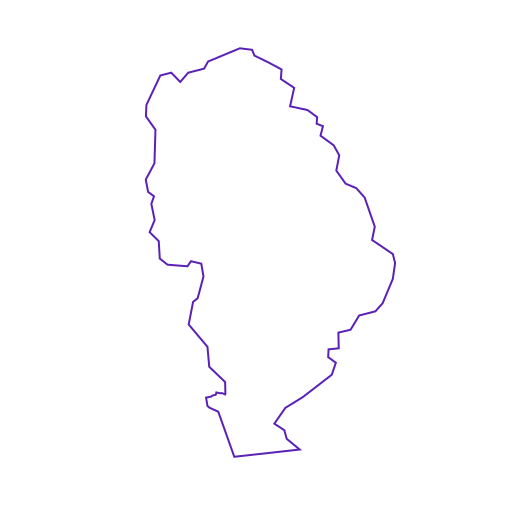 Jackson, North Carolina, United States of America (orthographic projection), rotated 12°
{"feature_id": "52423323B32071814901819", "entity_name": "Jackson", "entity_type": "district", "adm_level": 2, "iso_a3": "USA", "parent_name": "United States of America", "parent_adm1": "North Carolina", "projection": "orthographic", "projection_center": [-83.144, 35.263], "detail": "fine", "context": "isolated", "style": "outline", "palette": "violet", "viewbox_px": 512, "rotation_deg": 12, "n_neighbors": 0, "source": "geoboundaries", "source_scale": "gbopen_adm2", "svg_char_len": 1185}
<svg xmlns="http://www.w3.org/2000/svg" viewBox="0 0 512 512"><g transform="rotate(12 256 256)"><path d="M339.0,436.2L324.1,428.5L319.9,420.5L308.8,416.2L316.3,398.4L331.2,384.2L354.8,356.4L356.3,343.8L347.6,339.9L346.4,332.2L356.1,329.1L352.5,313.8L363.8,308.5L369.3,292.7L384.3,285.3L389.7,275.8L394.6,249.9L393.5,233.9L389.5,225.7L366.2,216.2L366.1,202.7L350.1,176.2L340.0,168.8L328.6,166.6L316.8,155.8L316.5,140.2L309.0,131.6L294.1,124.9L294.5,115.1L287.8,114.0L287.0,107.5L276.0,102.5L258.2,102.5L258.4,83.6L243.5,77.7L242.2,68.2L228.0,64.1L212.8,60.3L209.3,55.1L197.0,56.2L168.7,75.7L166.3,83.5L151.6,90.8L145.7,101.5L135.0,94.3L124.9,99.3L117.4,131.0L119.3,142.3L131.4,153.4L137.4,186.4L132.3,204.2L137.1,215.7L143.8,218.8L142.8,226.8L149.4,241.9L147.0,254.8L157.8,261.7L162.4,278.5L171.3,282.9L191.1,280.3L193.5,274.6L204.1,274.9L208.9,287.0L207.7,309.5L204.0,313.9L204.4,337.0L227.4,354.9L233.3,374.1L252.0,385.7L254.7,397.1L254.6,397.8L251.3,397.2L248.9,397.8L245.6,397.7L245.5,400.0L242.3,401.7L241.4,402.8L236.6,404.9L239.7,412.8L240.2,413.0L240.5,413.2L241.2,413.6L241.9,414.0L251.5,416.2L276.5,456.9L339.0,436.2Z" fill="none" stroke="#5b21b6" stroke-width="2"/></g></svg>